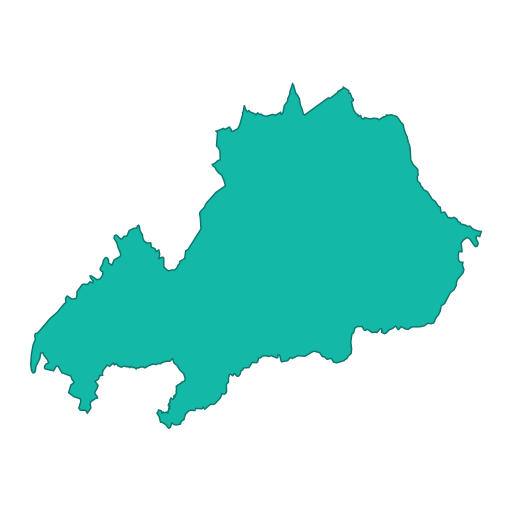 Celica, Loja, Ecuador
{"feature_id": "8360857B35359374832073", "entity_name": "Celica", "entity_type": "district", "adm_level": 2, "iso_a3": "ECU", "parent_name": "Ecuador", "parent_adm1": "Loja", "projection": "equal_earth", "projection_center": [-80.041, -4.165], "detail": "fine", "context": "isolated", "style": "filled", "palette": "teal", "viewbox_px": 512, "rotation_deg": 0, "n_neighbors": 0, "source": "geoboundaries", "source_scale": "gbopen_adm2", "svg_char_len": 6035}
<svg xmlns="http://www.w3.org/2000/svg" viewBox="0 0 512 512"><path d="M338.0,91.5L337.3,92.8L330.3,98.2L329.4,98.5L328.4,97.8L304.6,115.0L303.3,114.0L302.4,110.2L300.3,104.8L299.4,98.8L296.8,94.1L295.9,93.7L293.5,85.2L292.6,83.8L289.9,91.8L289.6,94.7L287.8,98.6L287.5,101.3L284.3,105.6L283.0,112.7L281.6,114.4L281.2,114.4L280.6,112.3L275.6,115.2L272.5,114.4L266.4,116.3L263.4,115.7L261.3,114.2L259.5,114.4L257.6,112.9L255.9,115.0L254.7,113.7L249.9,111.9L248.9,110.5L247.2,111.6L245.9,110.2L244.3,105.4L243.2,111.7L242.5,112.7L242.7,114.2L239.6,125.4L237.7,128.8L233.2,131.1L231.4,131.3L231.1,129.4L229.4,127.0L225.0,129.4L223.4,128.4L216.9,131.1L215.5,130.8L217.5,132.5L216.5,145.9L218.2,147.6L219.9,150.8L220.3,159.7L217.6,160.7L215.1,163.2L212.3,164.5L213.2,166.1L215.2,167.4L215.9,169.4L218.5,172.7L221.8,175.3L224.2,181.0L225.4,185.9L215.8,192.5L206.2,203.4L204.3,207.4L200.2,211.8L199.6,213.3L200.3,217.7L201.0,228.9L188.1,249.4L185.7,250.9L184.7,258.5L180.0,261.3L179.3,264.0L177.9,265.3L177.1,267.7L174.6,270.1L172.2,269.9L168.6,270.8L166.8,269.9L163.8,266.8L163.8,258.3L163.2,257.5L161.8,257.2L158.8,258.6L159.7,254.3L158.8,250.0L156.3,251.5L154.9,248.7L151.4,247.1L150.7,242.9L146.8,243.0L144.1,241.0L142.9,238.5L142.3,234.5L140.0,230.7L139.3,226.3L138.5,225.2L137.6,225.8L136.7,228.1L134.0,228.3L129.2,230.5L127.2,235.5L126.2,236.3L124.1,236.3L121.4,239.2L120.8,239.2L116.8,235.3L115.0,235.3L114.3,236.1L114.1,238.2L116.7,242.6L118.2,247.9L120.3,252.6L120.7,255.1L119.9,256.6L114.1,260.0L111.8,265.2L108.6,263.0L108.5,259.7L107.2,258.0L106.3,257.5L104.8,258.3L103.4,260.5L102.6,264.4L100.1,268.6L100.5,270.4L102.7,272.0L102.9,273.4L102.3,275.7L99.9,279.1L97.0,279.7L91.6,276.0L90.2,275.9L90.5,277.8L93.3,281.4L93.2,282.3L92.6,282.8L90.1,281.7L87.3,284.5L83.6,284.1L82.1,284.7L77.0,291.7L76.8,296.3L75.9,298.6L71.9,299.1L67.5,296.1L66.7,296.3L65.6,298.4L65.9,302.5L63.8,304.2L57.3,312.2L50.0,318.6L38.0,332.7L35.3,333.8L34.7,335.8L35.4,339.4L33.2,344.5L31.4,354.4L30.7,364.5L31.6,370.9L33.2,373.0L34.7,372.3L35.4,370.8L35.9,366.3L39.7,358.8L40.7,353.2L42.8,352.6L44.3,355.8L47.5,359.6L48.6,363.1L46.2,364.0L44.7,366.0L44.5,368.0L45.4,369.0L53.6,370.8L56.2,366.3L57.9,366.0L61.9,372.7L70.9,376.1L71.7,378.9L73.9,382.0L73.2,383.3L70.9,385.0L68.6,392.7L74.1,396.7L80.2,398.7L80.9,401.4L78.8,408.1L80.3,410.2L85.6,410.3L87.3,413.1L90.6,408.5L90.8,407.3L90.2,404.2L90.7,401.9L95.3,398.6L97.6,398.0L97.2,396.6L94.9,393.6L94.8,392.4L97.2,388.1L98.0,385.3L95.0,381.4L98.4,379.2L99.6,375.6L102.6,375.3L102.4,372.7L103.3,370.2L107.0,365.2L109.7,366.3L113.4,363.0L114.3,364.9L116.5,363.6L117.8,365.7L121.2,367.2L124.7,365.9L126.7,366.9L128.2,366.6L129.9,367.7L131.0,366.3L132.6,367.6L134.4,367.4L136.1,369.0L137.4,367.7L138.5,368.0L140.3,367.1L143.0,366.9L145.0,367.9L148.4,365.8L153.1,364.0L156.0,364.6L158.7,363.4L160.4,363.8L162.5,362.3L166.5,361.3L169.8,361.2L172.6,358.7L174.2,363.2L177.0,365.3L179.7,369.7L183.8,373.9L185.3,379.1L184.3,381.2L181.3,382.4L181.4,383.3L179.9,383.7L178.7,385.1L177.8,384.9L176.2,386.6L176.6,389.6L176.1,391.5L176.6,393.5L175.6,394.2L175.6,395.1L174.9,395.2L174.9,396.5L173.7,396.3L174.1,397.8L173.2,399.0L172.1,399.1L171.0,398.1L170.0,400.0L169.9,403.2L169.0,403.4L168.3,405.3L169.0,405.6L169.0,406.6L169.5,406.3L169.0,408.0L169.8,408.3L168.7,409.1L167.8,412.9L166.8,412.0L164.7,412.8L163.0,412.0L162.0,413.1L161.1,410.7L158.5,410.0L158.1,411.6L157.0,413.0L156.7,412.8L159.2,416.6L160.5,422.1L162.2,422.4L166.2,424.9L167.4,427.0L169.0,428.2L170.4,427.2L171.8,422.9L174.0,424.5L176.0,425.0L180.3,424.2L181.4,421.2L183.9,419.6L185.4,414.2L188.5,411.1L190.7,410.2L194.8,410.6L196.0,408.4L201.9,408.8L203.2,407.3L204.8,409.2L210.6,404.2L213.0,404.4L214.9,403.8L220.5,397.7L221.8,393.8L224.4,394.2L226.2,392.7L226.6,391.4L226.3,385.0L226.8,383.8L228.4,382.3L228.5,377.7L229.4,374.5L230.4,374.2L232.8,375.7L234.1,373.6L234.7,373.5L236.9,376.2L238.6,376.1L240.0,374.4L241.1,370.6L242.7,369.9L243.7,368.0L249.0,367.5L252.2,362.3L256.4,362.8L257.7,361.9L258.5,358.1L260.5,357.8L262.5,356.1L266.2,355.7L268.6,356.5L271.3,355.6L276.8,357.9L277.8,357.5L278.0,355.0L278.8,354.7L279.9,355.8L281.1,361.2L281.8,361.8L287.7,360.6L290.4,357.4L292.5,358.4L297.7,355.7L305.0,356.2L313.2,351.4L314.8,351.3L319.7,352.7L322.3,356.6L324.5,356.8L327.0,359.3L331.4,358.4L333.5,362.0L336.4,362.9L344.2,360.6L344.9,359.5L346.7,358.7L348.3,356.0L351.1,353.5L351.6,348.9L350.8,341.8L351.9,334.2L353.6,332.7L354.8,328.2L357.1,326.6L362.2,326.6L364.2,330.1L365.2,330.4L367.4,329.3L372.2,332.6L374.7,332.1L377.0,332.5L379.9,329.0L381.3,328.5L381.9,329.5L381.6,332.3L384.4,333.7L386.3,332.9L389.4,329.7L392.4,328.6L395.2,326.3L396.0,326.4L398.0,329.5L399.1,329.1L401.1,326.6L405.3,328.9L408.1,329.4L411.8,326.9L419.8,326.8L424.4,325.7L427.6,323.3L431.3,323.7L433.7,322.9L436.1,317.6L438.5,314.7L440.3,310.8L441.0,306.0L444.7,303.4L450.2,292.7L454.1,289.6L456.3,285.4L456.6,281.6L457.4,279.5L463.0,272.9L463.9,269.5L462.4,265.2L463.0,262.3L460.0,262.1L458.5,260.1L458.3,255.1L458.8,252.0L459.3,251.3L461.7,251.9L462.1,251.1L461.1,243.4L463.0,240.4L467.0,237.4L469.7,238.8L474.7,246.0L475.7,246.6L477.2,246.2L478.3,243.4L476.2,238.9L476.4,236.3L477.3,235.5L479.7,236.6L481.3,231.5L477.4,230.9L472.5,228.8L469.8,226.0L467.4,226.5L465.8,225.3L460.3,223.8L460.1,222.4L458.5,221.9L456.5,218.8L454.0,217.3L451.4,218.4L449.8,217.6L448.1,217.7L444.7,212.1L441.0,212.6L440.3,207.3L438.3,206.1L435.2,201.3L432.2,199.3L427.5,191.8L423.3,189.5L422.5,187.5L421.0,186.2L420.1,183.4L417.5,180.9L417.3,176.4L418.1,175.1L417.7,169.4L413.1,164.5L410.8,160.2L410.2,149.1L409.5,145.1L408.3,142.4L407.1,136.8L405.3,133.1L403.7,128.0L403.3,124.7L400.9,122.3L396.9,116.6L391.2,114.8L387.4,115.4L386.8,114.8L385.0,116.7L383.4,116.9L379.0,119.8L377.4,118.6L373.6,118.2L370.1,119.0L364.8,117.6L363.3,119.1L361.5,118.1L360.6,115.5L358.5,116.2L357.8,114.5L356.4,114.1L353.7,110.2L351.7,102.9L351.8,101.4L353.2,100.8L353.4,99.4L351.8,97.7L350.3,93.3L348.8,93.3L348.8,90.7L343.3,87.2L343.3,88.2L338.0,91.5Z" fill="#14b8a6" stroke="#0f766e" stroke-width="1.5"/></svg>